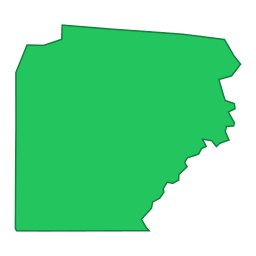 outline of Clearfield, Pennsylvania, United States of America
{"feature_id": "52423323B589522588681", "entity_name": "Clearfield", "entity_type": "district", "adm_level": 2, "iso_a3": "USA", "parent_name": "United States of America", "parent_adm1": "Pennsylvania", "projection": "mercator", "projection_center": [-78.301, 40.989], "detail": "fine", "context": "isolated", "style": "filled", "palette": "green", "viewbox_px": 256, "rotation_deg": 0, "n_neighbors": 0, "source": "geoboundaries", "source_scale": "gbopen_adm2", "svg_char_len": 708}
<svg xmlns="http://www.w3.org/2000/svg" viewBox="0 0 256 256"><path d="M182.4,34.2L109.7,29.0L62.2,25.1L61.8,39.3L43.5,45.4L27.1,45.0L15.9,72.5L16.0,126.3L15.7,160.5L15.4,228.8L16.7,230.8L42.8,230.9L149.1,230.7L146.3,227.7L141.4,219.2L151.4,208.3L152.7,202.0L159.7,198.2L163.9,192.2L163.2,188.6L167.2,182.3L172.8,183.3L178.7,180.1L178.8,174.6L187.1,166.7L184.6,162.5L187.4,157.8L198.6,154.1L201.6,148.5L206.2,146.4L202.5,139.2L211.8,140.7L216.4,146.6L219.6,143.4L229.0,140.0L225.2,131.6L226.4,126.5L233.7,125.9L234.3,122.6L228.3,112.0L235.1,108.7L234.2,103.5L225.2,100.5L223.5,95.4L218.9,79.5L231.6,75.9L240.6,64.2L234.0,56.0L224.5,39.5L182.4,34.2Z" fill="#22c55e" stroke="#15803d" stroke-width="1.5"/></svg>